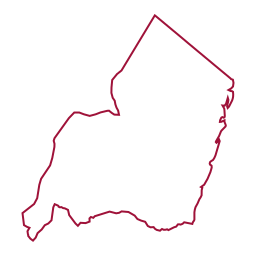 outline of Tanga
{"feature_id": "TZA-3395", "entity_name": "Tanga", "entity_type": "Region", "adm_level": 1, "iso_a3": "TZA", "parent_name": "United Republic of Tanzania", "parent_adm1": "", "projection": "natural_earth1", "projection_center": [38.386, -5.115], "detail": "fine", "context": "isolated", "style": "outline", "palette": "rose", "viewbox_px": 256, "rotation_deg": 0, "n_neighbors": 0, "source": "natural_earth", "source_scale": "10m", "svg_char_len": 2286}
<svg xmlns="http://www.w3.org/2000/svg" viewBox="0 0 256 256"><path d="M154.8,15.4L155.5,15.9L163.8,22.8L172.2,29.8L180.5,36.7L188.8,43.7L197.2,50.7L205.5,57.6L213.9,64.6L222.2,71.5L230.5,78.4L231.1,79.1L232.9,79.7L233.5,82.9L233.0,86.5L231.1,88.5L228.5,90.0L230.6,91.0L232.1,91.2L233.0,91.8L233.2,94.3L233.1,96.7L232.7,98.7L232.1,100.5L229.0,106.6L227.7,108.0L227.1,106.3L227.5,104.1L228.1,101.9L228.4,99.8L227.8,97.8L226.1,103.6L224.6,105.7L222.5,105.5L224.2,108.5L224.4,109.7L224.8,116.1L224.5,117.2L223.8,117.7L222.3,117.1L221.4,117.6L221.1,118.1L220.1,120.3L219.9,121.9L221.3,121.8L224.5,120.3L224.5,122.0L225.6,124.7L225.8,125.8L225.4,126.6L221.7,130.4L221.0,131.3L219.1,136.0L216.1,141.2L215.8,142.0L216.5,142.8L217.6,141.9L219.1,139.7L219.7,141.1L215.5,155.3L214.4,157.8L213.1,159.9L212.0,160.6L210.9,161.3L210.0,162.2L209.7,163.7L210.1,164.7L210.9,165.1L211.6,165.8L211.7,167.6L210.4,172.1L207.6,178.7L204.2,184.7L201.0,187.0L202.3,187.7L201.7,190.1L201.6,195.3L200.6,197.4L199.4,199.2L197.6,203.4L195.5,207.2L194.8,209.7L194.4,212.3L194.4,219.6L194.0,220.7L193.3,221.5L192.8,222.5L192.4,223.5L192.3,223.9L184.2,222.3L182.6,223.8L180.6,224.6L179.3,224.3L177.9,224.4L176.2,226.6L174.0,227.3L168.4,230.1L167.1,229.3L165.7,229.7L163.8,229.8L162.0,229.0L161.0,229.8L160.0,230.7L156.7,229.9L155.0,228.8L153.6,227.1L150.5,227.3L147.8,226.0L145.2,221.8L141.1,220.6L137.4,219.0L134.7,215.6L128.5,212.0L121.6,211.4L119.1,212.8L116.2,213.3L109.6,211.6L94.8,216.2L93.3,217.8L90.9,217.0L89.5,218.4L89.6,221.6L85.6,223.1L80.5,222.8L77.9,225.8L75.5,223.5L69.2,215.1L68.0,209.9L64.7,208.3L63.1,208.1L61.4,207.1L59.9,207.3L58.6,206.7L58.4,205.9L57.8,205.5L54.7,204.2L53.3,207.3L51.5,220.3L48.3,223.5L44.8,225.2L41.7,229.5L37.6,233.1L35.7,237.6L33.0,240.6L30.4,238.7L28.2,235.9L28.2,234.9L27.9,234.1L27.5,231.2L29.5,227.8L26.9,226.8L24.0,225.1L22.5,213.1L34.1,204.0L37.2,198.2L39.3,184.9L41.1,178.8L50.1,165.4L52.3,157.9L54.4,147.0L54.5,143.8L53.7,140.8L54.5,138.2L68.9,118.1L74.3,112.5L79.2,112.5L83.9,114.3L89.7,115.9L95.7,114.3L100.6,112.4L107.3,110.8L109.0,110.7L111.6,112.8L114.3,114.6L119.0,114.8L118.1,110.5L116.5,107.6L115.4,104.4L114.7,100.7L112.7,97.8L111.4,92.9L111.5,87.5L112.2,80.0L117.1,74.0L121.5,70.5L154.8,15.4L154.8,15.4Z" fill="none" stroke="#9f1239" stroke-width="2"/></svg>